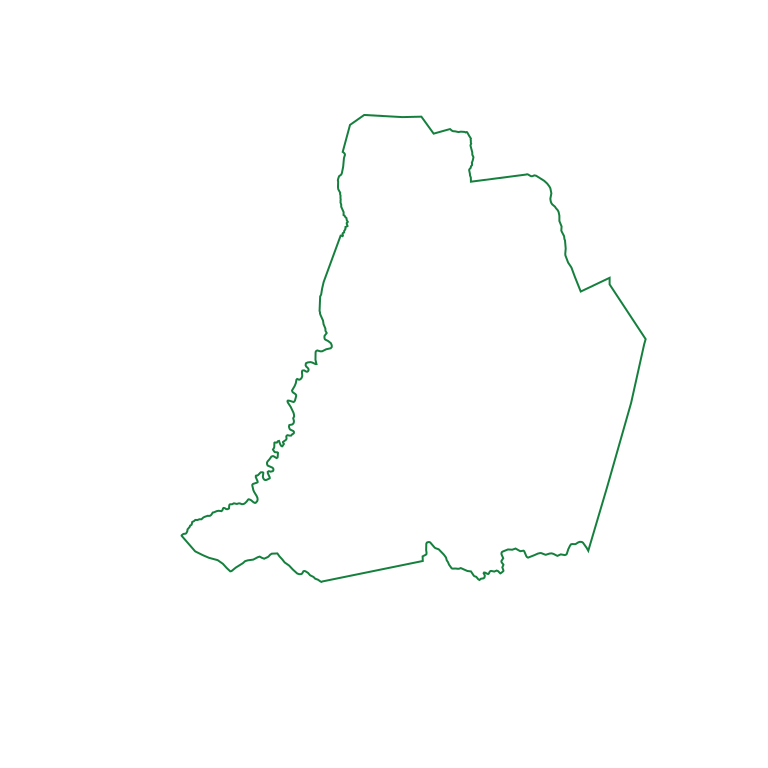 Teupasenti, El Paraíso, Honduras, rotated 151°
{"feature_id": "27666195B60931351506454", "entity_name": "Teupasenti", "entity_type": "district", "adm_level": 2, "iso_a3": "HND", "parent_name": "Honduras", "parent_adm1": "El Paraíso", "projection": "equal_earth", "projection_center": [-86.613, 14.281], "detail": "fine", "context": "isolated", "style": "outline", "palette": "green", "viewbox_px": 768, "rotation_deg": 151, "n_neighbors": 0, "source": "geoboundaries", "source_scale": "gbopen_adm2", "svg_char_len": 6166}
<svg xmlns="http://www.w3.org/2000/svg" viewBox="0 0 768 768"><g transform="rotate(151 384 384)"><path d="M634.6,349.4L630.3,329.2L625.5,322.2L621.4,316.9L614.9,310.6L612.1,304.9L610.8,299.4L609.3,294.7L608.1,294.3L602.5,295.3L594.3,295.7L591.4,296.4L588.6,295.8L583.5,293.8L578.3,293.7L576.4,293.3L575.1,291.2L573.5,289.3L569.7,289.0L568.6,289.1L566.3,289.9L564.4,290.0L559.4,287.5L559.0,283.9L558.0,279.9L557.4,276.1L555.0,271.2L553.7,266.0L551.8,260.4L550.4,258.8L548.7,257.9L547.6,257.9L545.2,259.3L544.4,259.1L543.5,258.3L542.0,255.6L541.4,252.6L539.2,249.4L538.6,247.1L536.6,244.8L535.3,242.1L534.6,241.2L533.7,241.2L435.9,210.4L433.8,214.5L430.2,214.4L429.3,214.7L428.5,216.0L427.7,218.2L424.5,223.7L423.4,224.5L421.9,224.3L420.8,223.6L420.4,223.0L419.0,216.3L418.5,215.4L416.3,212.9L414.4,205.9L413.9,202.1L414.6,199.4L414.4,197.2L414.7,194.5L414.2,190.0L413.4,189.2L410.8,187.9L408.9,186.5L407.7,186.0L406.1,185.8L401.7,180.0L398.8,177.9L398.4,172.8L398.1,172.1L396.8,170.6L396.2,167.5L395.5,166.3L393.7,166.7L391.2,165.8L390.0,166.0L388.8,167.4L388.6,168.4L388.6,170.2L387.9,170.6L387.1,170.1L385.7,168.0L385.0,167.3L384.2,167.4L382.5,168.6L381.6,168.8L380.8,168.5L378.5,166.5L375.9,166.2L375.0,165.1L374.1,162.0L372.9,162.0L370.7,162.4L370.2,162.6L369.9,163.2L369.4,166.3L367.6,167.6L367.1,168.2L367.6,170.9L367.3,172.0L366.9,172.4L364.2,173.8L363.8,178.0L363.3,179.1L362.4,179.8L361.4,179.9L355.8,179.2L352.2,176.9L348.7,176.3L345.9,171.7L342.8,170.6L342.5,170.0L342.5,169.1L343.0,164.3L342.8,163.2L342.2,162.3L335.5,161.4L331.7,161.1L329.3,160.4L328.4,159.8L326.1,157.0L325.3,156.2L321.3,155.4L319.5,154.6L318.1,153.2L316.2,150.3L315.6,149.6L312.0,149.3L308.8,146.7L307.6,146.5L306.5,146.8L303.0,150.1L299.7,152.4L298.3,153.1L297.3,152.9L294.1,151.1L290.8,151.3L289.5,151.1L288.5,150.6L287.4,149.7L286.9,148.7L286.2,142.5L286.2,139.1L238.4,186.1L177.0,247.7L137.2,292.6L133.4,296.4L138.4,361.7L135.2,367.5L167.1,369.5L165.1,385.3L163.6,395.1L164.1,400.9L163.0,408.5L162.4,409.9L159.4,414.4L156.1,421.8L155.9,423.4L154.8,426.0L154.7,430.9L154.5,432.3L152.3,435.7L151.6,441.5L149.0,446.2L147.9,449.8L147.8,451.7L148.4,454.5L148.5,456.2L149.8,459.6L149.9,461.5L149.5,463.3L148.7,465.4L145.2,469.6L143.6,474.6L143.6,476.7L144.1,480.2L145.4,484.1L150.0,492.4L151.4,493.6L153.4,493.8L154.7,494.5L156.6,497.6L157.2,498.1L158.2,498.3L209.9,518.8L208.0,522.4L207.6,524.9L207.0,526.0L205.8,529.9L204.8,530.6L203.4,531.0L202.4,532.2L201.0,532.7L200.3,533.7L199.9,534.9L198.1,536.4L195.8,539.0L195.6,541.7L194.5,543.8L192.8,550.5L192.4,551.1L191.2,552.0L191.1,552.9L190.1,554.6L189.8,555.7L189.0,556.5L189.2,559.7L189.2,563.1L189.4,564.2L189.8,564.4L190.6,564.4L191.3,565.4L194.4,567.4L196.8,568.3L199.3,570.5L201.0,571.6L201.6,572.3L202.7,575.0L219.2,578.9L221.7,599.7L238.5,608.5L270.9,628.9L288.1,627.1L307.6,607.0L307.2,606.3L306.8,604.9L306.8,604.0L307.1,603.3L309.5,601.0L314.4,593.8L318.4,589.1L319.8,587.9L322.6,587.5L325.1,585.2L325.7,584.3L326.0,583.2L328.8,578.5L329.6,576.4L329.6,572.4L330.3,571.6L330.7,569.8L331.8,568.0L332.6,566.0L333.2,565.4L333.5,564.6L334.0,564.0L334.5,561.5L335.5,559.8L336.0,553.9L337.5,551.3L336.9,550.4L336.9,548.8L336.4,547.4L337.2,545.1L337.0,543.5L337.4,543.1L338.4,543.0L338.7,542.7L339.1,541.5L339.1,540.5L339.4,539.8L341.6,540.0L342.1,538.9L342.7,538.5L342.9,538.0L344.6,537.2L345.4,535.9L346.9,535.9L347.4,535.5L347.7,535.1L347.8,534.0L348.3,533.5L348.6,533.4L349.1,534.1L350.0,534.8L387.3,502.5L392.0,497.3L395.6,492.7L397.4,491.5L404.9,479.2L405.3,477.5L405.8,476.7L406.1,475.0L406.6,469.0L407.9,465.5L408.4,460.9L409.4,458.9L409.4,456.4L412.7,454.9L413.4,453.9L413.8,452.9L414.0,452.0L413.8,451.3L412.0,448.6L410.7,445.5L410.9,443.3L411.5,442.1L411.9,441.6L413.3,441.1L417.7,442.4L422.2,442.6L423.8,443.4L426.1,445.7L427.4,445.7L428.0,445.4L428.7,444.5L432.2,438.4L433.4,434.2L434.2,434.6L436.4,437.6L437.7,438.8L440.1,439.8L442.0,440.0L442.6,439.6L443.5,438.3L443.6,437.0L442.9,435.1L442.8,433.9L443.1,432.9L443.9,432.2L444.8,431.9L445.5,432.1L446.1,432.7L447.3,434.7L448.8,435.3L449.5,434.9L450.2,433.8L451.6,430.6L452.9,429.4L454.3,428.8L455.7,428.7L456.3,429.0L457.5,430.5L458.5,430.2L460.7,427.5L463.2,425.5L467.6,422.9L467.8,422.0L467.8,421.0L466.4,418.2L466.2,416.9L466.6,416.1L469.9,412.7L471.1,412.1L471.9,412.1L474.3,414.7L475.4,415.7L476.3,416.1L476.8,415.7L477.1,414.3L476.7,409.2L477.1,402.8L477.5,401.1L478.3,399.2L480.0,398.1L480.7,395.3L481.7,393.9L482.7,393.3L484.0,393.1L486.6,394.0L487.6,393.1L488.1,391.8L488.3,390.2L488.0,389.4L486.1,386.8L486.0,385.8L486.6,384.8L487.3,384.5L488.8,384.5L490.3,383.9L491.7,384.7L493.2,386.0L494.2,386.0L495.0,385.3L495.7,383.5L496.2,383.0L497.3,382.6L500.4,382.3L500.7,381.8L500.6,380.1L503.1,378.8L503.8,379.3L504.0,380.6L503.9,382.5L503.4,385.1L504.5,385.4L506.1,384.7L507.9,385.8L508.4,385.7L510.5,382.1L511.4,381.3L512.9,380.5L512.8,378.4L512.5,377.3L510.3,375.8L510.1,375.2L512.4,371.7L512.8,371.3L513.9,371.3L515.6,374.4L516.4,374.9L517.7,375.1L520.6,373.7L523.4,372.7L524.4,372.0L525.1,370.7L525.3,369.1L522.2,365.0L521.9,364.0L522.0,363.1L522.7,362.1L523.5,361.7L525.7,362.3L527.0,363.6L528.3,363.5L528.9,362.2L529.2,357.8L529.7,356.9L533.4,357.1L534.5,357.6L535.1,358.5L535.3,359.9L535.0,361.5L532.6,364.8L532.7,365.3L533.2,365.8L534.7,366.5L538.3,365.4L539.4,365.4L540.1,365.9L540.6,365.8L541.3,364.7L541.7,360.3L542.0,359.5L542.9,359.3L547.0,360.1L547.9,359.8L548.4,359.1L549.7,354.6L549.9,352.7L549.7,347.8L549.9,345.7L550.7,344.0L551.7,343.0L553.9,342.3L554.7,342.7L555.5,343.9L556.6,346.8L557.5,348.1L558.3,348.8L558.9,348.8L561.0,347.8L563.5,347.1L564.8,347.1L566.5,347.7L568.0,349.5L569.2,350.1L570.8,350.4L573.1,352.4L575.2,352.5L576.9,353.4L577.4,353.4L578.1,353.0L579.9,350.3L580.6,350.3L581.6,350.4L582.7,351.1L583.5,352.7L584.5,353.4L585.2,353.1L586.6,351.9L587.8,351.6L590.1,353.3L591.9,353.9L595.0,354.2L596.1,354.6L598.5,353.3L600.0,353.1L601.1,353.5L602.0,354.2L605.5,354.8L606.9,354.8L609.2,354.2L611.1,355.2L613.1,355.5L614.9,356.6L616.6,356.2L618.6,356.3L620.5,354.2L622.3,354.1L623.3,353.2L626.3,352.1L627.5,350.5L629.4,349.3L630.1,349.3L632.1,350.1L634.2,349.8L634.6,349.4Z" fill="none" stroke="#15803d" stroke-width="2"/></g></svg>